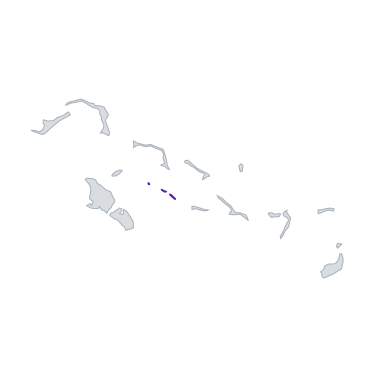 where Black Point sits in The Bahamas, rotated 337°
{"feature_id": "BHS-5023", "entity_name": "Black Point", "entity_type": "District", "adm_level": 1, "iso_a3": "BHS", "parent_name": "The Bahamas", "parent_adm1": "", "projection": "mercator", "projection_center": [-76.539, 24.263], "detail": "fine", "context": "in_parent", "style": "filled", "palette": "violet", "viewbox_px": 384, "rotation_deg": 337, "n_neighbors": 0, "source": "natural_earth", "source_scale": "10m", "svg_char_len": 3808}
<svg xmlns="http://www.w3.org/2000/svg" viewBox="0 0 384 384"><g transform="rotate(337 192 192)"><path d="M117.2,159.9L117.2,165.2L117.6,169.2L117.2,170.6L112.9,173.3L111.8,174.7L107.7,176.2L105.3,178.3L104.0,174.9L101.6,172.9L101.2,169.3L99.4,170.5L96.8,169.8L92.5,167.1L89.7,163.4L93.6,162.8L94.3,165.1L97.4,162.3L96.7,160.8L96.1,160.6L95.2,157.9L99.7,150.7L100.7,146.1L98.6,138.7L100.6,138.2L105.7,140.8L108.0,143.4L108.1,146.9L110.3,149.6L113.4,156.1L117.2,159.9ZM120.7,180.0L120.7,181.0L116.8,183.7L119.7,185.7L122.4,181.4L124.5,184.9L125.7,191.4L125.5,192.5L125.7,193.5L126.1,194.7L126.2,196.5L124.0,202.2L116.2,201.6L116.0,196.8L114.8,195.9L112.9,189.1L110.5,186.9L107.1,181.3L109.0,179.8L111.7,180.3L113.0,179.6L116.7,179.1L118.9,178.3L120.7,180.0ZM305.1,312.0L303.8,315.1L299.6,321.1L290.2,322.6L279.8,322.8L279.0,321.2L278.8,319.8L279.5,317.5L279.5,316.7L279.0,315.8L282.8,314.8L285.3,312.0L289.2,311.6L294.1,313.5L296.8,313.6L300.7,311.4L303.8,306.8L305.7,307.4L305.1,312.0ZM137.9,107.2L137.1,107.6L133.6,103.2L130.8,101.9L135.2,98.7L137.0,96.1L137.0,90.2L138.1,86.9L137.7,84.1L138.7,81.3L137.4,78.1L133.7,75.5L126.5,65.4L115.2,62.9L109.3,62.8L112.5,61.2L115.5,61.4L120.1,62.3L125.6,62.8L129.0,65.8L132.2,69.8L135.1,71.4L136.3,72.4L136.1,73.5L136.6,74.6L140.4,76.5L144.2,79.4L145.3,88.2L140.2,92.3L139.3,105.0L137.9,107.2ZM87.4,70.6L92.2,72.0L94.8,71.8L96.4,70.9L103.5,71.2L109.3,69.9L110.1,72.3L110.0,73.5L97.7,74.7L86.5,78.1L80.3,80.5L77.4,80.8L75.2,79.5L67.8,72.3L69.8,73.1L75.3,77.1L78.7,76.4L81.8,73.7L82.3,71.7L81.8,70.7L83.3,67.5L87.4,70.6ZM160.8,125.6L167.4,130.6L173.0,132.5L179.0,138.7L181.6,140.9L182.1,142.9L181.1,152.1L179.7,157.6L179.9,162.5L178.5,161.0L177.1,157.9L174.7,156.1L173.9,155.1L178.2,154.9L178.5,149.9L180.6,146.0L180.3,141.9L175.4,137.3L172.0,133.3L166.8,132.1L162.0,128.1L159.1,127.6L155.6,128.3L156.9,125.9L157.7,122.8L158.4,122.2L160.8,125.6ZM232.9,238.8L232.6,239.9L227.6,231.3L221.2,229.2L217.6,227.1L218.4,225.9L220.9,225.4L221.3,222.7L220.2,219.7L216.9,213.7L215.0,209.6L214.2,208.7L213.9,205.3L217.9,210.6L219.5,215.3L222.2,219.9L223.9,227.8L229.0,230.5L232.6,234.3L232.9,238.8ZM258.1,268.2L255.3,269.5L255.9,267.2L261.3,263.5L264.2,260.1L265.9,259.0L266.5,258.0L268.9,256.8L270.0,254.7L269.7,252.9L267.3,250.0L267.3,248.0L268.1,246.6L272.3,245.9L271.2,248.1L272.8,254.2L267.3,261.8L262.6,264.2L258.1,268.2ZM214.2,182.1L214.5,184.3L211.8,183.9L207.9,184.8L206.5,184.8L207.3,183.3L210.1,181.2L210.2,179.3L206.8,176.4L202.9,169.4L201.1,167.7L200.2,165.1L196.9,162.2L197.6,160.7L198.2,160.4L200.5,161.1L205.5,171.2L205.9,172.2L214.2,182.1ZM304.5,258.9L307.0,259.5L308.3,259.5L312.9,260.8L315.6,262.6L316.2,263.3L314.7,264.9L310.5,261.9L306.9,261.5L301.7,261.6L299.7,261.0L301.1,257.8L304.5,258.9ZM264.0,246.2L264.9,247.0L262.4,248.7L256.7,246.6L255.4,246.7L254.2,244.5L253.8,242.8L254.1,241.2L257.5,242.4L259.3,244.6L264.0,246.2ZM133.0,146.5L128.5,147.4L125.3,146.5L124.5,145.8L125.9,144.6L128.9,143.5L133.8,143.4L135.9,144.6L136.1,145.2L133.0,146.5ZM200.0,214.8L198.4,215.0L195.4,213.9L188.4,208.6L185.2,208.1L186.3,205.2L188.7,206.2L194.3,210.8L196.5,213.0L200.0,214.8ZM249.2,187.9L246.1,192.6L244.4,192.2L245.3,186.3L247.5,185.3L248.4,185.4L249.2,187.9ZM309.5,298.5L304.2,300.6L303.6,298.1L306.3,296.2L309.5,298.5Z" fill="#d9dde1" stroke="#a8b0b8" stroke-width="1"/><path d="M173.7,192.0L173.1,191.4L172.4,189.8L171.8,188.8L171.3,187.5L170.9,186.8L170.7,186.4L170.7,185.7L171.7,186.4L174.0,191.7L173.7,192.0ZM168.2,181.5L167.5,181.5L167.0,181.3L165.4,179.1L165.0,178.5L165.0,178.0L165.6,178.3L166.0,178.9L166.2,179.5L166.6,180.0L167.1,180.4L167.5,180.6L167.9,180.9L168.2,181.5ZM155.9,167.3L155.9,167.6L155.9,168.2L155.7,168.4L155.3,168.2L155.0,167.6L155.1,166.9L155.4,166.7L155.7,167.1L155.9,167.3Z" fill="#8b5cf6" stroke="#5b21b6" stroke-width="1.5"/></g></svg>